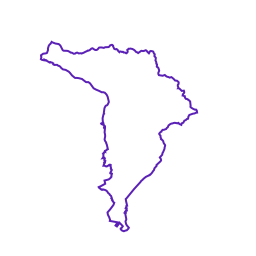 outline of Dumbravita, Brasov, Romania, rotated 78°
{"feature_id": "2599482B55040736650131", "entity_name": "Dumbravita", "entity_type": "district", "adm_level": 2, "iso_a3": "ROU", "parent_name": "Romania", "parent_adm1": "Brasov", "projection": "albers", "projection_center": [25.392, 45.783], "detail": "fine", "context": "isolated", "style": "outline", "palette": "violet", "viewbox_px": 256, "rotation_deg": 78, "n_neighbors": 0, "source": "geoboundaries", "source_scale": "gbopen_adm2", "svg_char_len": 5740}
<svg xmlns="http://www.w3.org/2000/svg" viewBox="0 0 256 256"><g transform="rotate(78 128 128)"><path d="M42.5,198.9L43.3,198.2L44.1,196.6L44.7,195.0L44.2,195.3L43.9,195.3L44.6,194.4L44.8,193.7L45.5,193.4L47.2,191.5L47.3,190.7L47.7,190.8L48.0,189.0L49.3,187.6L50.2,187.9L51.0,186.9L51.5,184.2L52.7,183.2L52.9,182.6L53.3,182.1L54.0,181.5L55.3,180.9L57.1,179.5L58.2,176.9L60.6,174.2L61.8,173.4L65.0,171.8L67.9,169.5L68.2,168.7L68.3,167.8L69.0,165.8L70.5,162.8L74.2,159.7L74.5,159.2L74.9,157.2L76.5,155.8L82.0,153.4L83.8,151.3L85.6,148.7L87.6,146.2L87.8,144.9L88.7,143.3L90.9,142.0L92.4,141.6L93.2,141.4L98.2,141.3L98.7,141.4L100.2,142.5L101.2,143.4L101.4,143.8L101.5,144.8L101.9,145.5L103.7,146.9L107.9,148.4L108.5,148.6L109.1,148.4L109.5,149.1L113.1,150.8L116.4,151.3L117.8,151.1L118.0,151.4L117.8,152.7L118.0,153.3L118.7,153.1L118.8,152.7L119.5,151.9L119.2,151.6L119.1,151.1L119.9,151.1L120.4,150.8L121.1,150.7L122.7,151.5L123.2,151.3L121.8,150.4L121.8,150.2L122.9,150.4L127.4,151.8L129.5,151.8L131.2,152.0L134.1,153.2L134.7,153.3L136.2,153.0L137.6,152.4L138.6,152.5L139.5,152.2L144.5,152.1L144.6,153.0L145.2,153.6L145.6,155.3L146.5,155.3L146.2,155.7L147.2,156.6L147.2,156.9L147.8,157.6L148.1,157.2L148.7,157.6L150.8,158.0L151.6,158.5L152.2,159.1L152.2,158.1L152.0,157.4L152.2,157.2L153.2,157.0L154.3,157.9L155.2,157.3L155.5,157.4L156.6,158.3L156.8,157.8L156.7,157.6L157.2,157.8L158.3,159.0L159.8,159.8L159.9,158.9L160.8,157.8L161.2,156.8L161.2,156.6L160.8,156.0L160.8,155.3L160.3,154.3L160.4,154.2L160.2,154.1L160.1,153.3L160.5,152.6L162.0,153.0L163.1,152.9L163.7,153.2L164.0,153.0L164.6,153.2L165.3,152.6L165.9,152.7L166.1,152.8L166.2,153.2L166.6,153.3L167.9,154.5L168.5,154.8L168.7,154.7L168.7,154.3L168.9,154.2L168.9,153.7L169.3,153.2L172.4,154.7L172.5,154.6L173.3,155.6L174.3,157.6L174.5,161.9L177.8,161.9L179.5,167.6L179.5,168.2L179.7,169.0L180.2,168.9L182.8,166.8L182.6,166.4L183.2,165.6L182.9,165.2L183.7,163.6L184.4,162.6L185.6,161.6L187.3,161.0L188.9,159.8L189.6,159.7L190.9,158.7L193.2,158.4L193.4,158.9L195.3,158.1L195.5,158.5L196.6,158.1L197.9,157.4L198.2,157.0L199.9,158.0L200.4,158.4L203.9,162.4L206.3,165.6L208.6,165.7L211.6,164.9L213.0,164.8L214.0,164.6L215.1,165.1L218.1,157.8L220.8,160.5L222.0,159.3L219.0,155.9L219.7,155.6L220.6,154.9L223.0,153.5L223.7,154.2L224.4,155.0L224.5,155.5L224.7,156.0L225.2,156.2L226.2,155.8L227.2,155.0L228.1,153.5L227.8,151.8L227.8,150.5L226.5,148.5L225.7,147.9L223.2,149.3L221.7,149.8L219.1,149.9L218.5,149.7L217.4,148.8L216.8,148.6L211.1,148.5L210.7,148.8L210.6,147.0L210.4,147.5L210.1,147.6L209.8,148.3L209.3,148.3L208.6,147.4L208.5,146.3L207.5,146.4L206.9,146.0L206.3,146.0L206.5,146.8L206.2,147.1L205.4,146.6L205.0,146.2L203.8,145.7L203.8,145.0L199.3,145.1L197.0,145.0L196.5,144.1L189.1,134.9L183.4,127.0L182.5,126.1L181.7,124.5L181.0,123.6L179.5,120.7L178.9,118.2L178.8,117.3L178.3,116.8L178.2,116.5L178.4,116.1L178.0,115.5L176.6,113.6L175.5,112.6L174.7,111.5L174.1,111.1L172.9,110.5L171.0,107.9L170.1,107.8L167.3,103.1L166.6,102.4L166.3,102.3L165.2,102.3L163.4,103.0L161.3,100.1L159.7,99.5L159.2,98.9L156.2,96.8L155.6,96.5L154.8,96.3L152.9,95.3L151.9,95.4L150.6,96.1L149.4,96.3L148.1,96.3L147.1,96.8L145.8,98.0L145.1,97.7L144.2,98.1L143.8,98.1L142.4,97.8L140.5,98.7L139.9,98.6L138.8,97.1L138.5,96.0L137.8,95.7L137.5,95.3L137.0,94.4L137.2,93.8L137.2,93.0L137.1,92.7L137.0,91.5L136.9,90.9L136.0,90.0L135.6,89.0L134.7,88.4L133.8,87.7L133.5,86.8L133.1,86.2L132.7,84.8L132.8,83.2L132.6,82.7L132.6,81.4L132.9,80.8L132.9,80.3L133.7,78.8L133.4,77.7L133.6,77.5L134.7,77.0L136.0,75.2L134.6,74.5L134.3,72.8L132.6,71.4L132.6,71.2L132.4,70.7L132.3,69.9L131.5,68.7L131.4,67.3L129.3,66.5L128.0,65.3L127.5,61.6L127.6,59.7L127.2,58.5L127.3,57.2L125.1,57.1L124.1,57.7L124.0,58.7L122.9,60.2L121.4,61.8L120.5,62.5L120.2,62.5L119.1,62.1L114.9,61.7L114.1,62.3L113.4,62.7L112.9,63.4L112.3,63.6L111.7,64.7L111.6,65.2L110.8,65.7L109.8,66.0L108.8,65.8L108.6,66.3L107.8,67.2L107.6,67.8L106.4,67.3L105.7,66.2L104.7,65.5L103.1,65.6L102.9,67.7L100.7,69.1L99.8,69.9L99.6,70.7L99.4,70.5L98.0,70.4L97.3,70.6L96.5,70.4L96.0,70.2L95.6,69.5L94.3,69.0L93.6,69.0L92.0,70.2L91.3,72.1L89.9,72.9L88.1,74.2L87.2,75.1L87.4,76.7L86.6,77.8L85.9,79.2L85.4,79.8L83.8,81.0L84.1,83.2L82.7,86.8L81.4,87.1L80.2,86.8L78.5,85.6L77.5,85.6L75.7,85.8L74.7,86.3L74.3,86.9L73.9,87.1L72.6,86.6L71.8,86.4L71.4,86.8L70.4,86.9L70.1,86.7L69.0,86.7L67.7,87.1L65.2,86.2L64.1,86.7L63.4,87.2L63.0,87.2L62.1,86.7L61.4,86.5L60.8,87.0L59.7,87.3L58.6,87.4L58.2,87.8L57.4,89.6L57.5,90.3L58.1,91.2L58.7,91.4L59.3,92.0L57.6,93.2L56.9,93.4L55.8,94.2L55.6,94.7L55.9,96.0L55.9,97.3L55.3,98.8L55.4,99.3L56.8,102.5L56.0,103.0L55.9,103.4L55.5,104.0L55.0,104.5L53.9,105.0L52.7,106.0L51.6,107.3L50.8,109.2L50.8,110.4L50.6,111.0L51.1,111.5L51.5,112.5L53.1,112.4L53.6,112.6L54.3,113.5L54.6,113.9L54.5,114.3L53.5,115.3L53.3,116.5L53.1,116.7L52.5,117.0L52.5,117.4L52.3,117.7L52.4,117.9L52.4,118.1L52.1,118.4L51.5,119.7L51.5,120.1L52.0,120.7L50.0,121.9L49.7,121.8L48.8,122.4L48.4,122.8L48.4,124.0L47.7,125.0L44.6,125.7L44.3,125.5L43.6,126.0L43.3,126.4L43.3,127.0L43.4,128.2L44.4,129.3L44.8,130.2L44.3,133.3L44.3,133.8L44.6,135.0L43.7,137.2L43.4,138.7L43.4,139.7L44.8,141.4L45.1,142.3L45.1,143.1L44.8,143.9L43.6,145.3L42.7,146.0L42.7,147.2L42.9,147.6L43.9,149.4L44.1,150.9L43.9,151.4L44.2,151.9L44.6,153.8L45.2,155.9L45.5,157.9L45.1,158.4L44.8,160.7L43.9,161.7L43.7,162.1L43.7,162.9L43.9,163.5L44.2,164.2L44.1,165.6L42.6,167.4L42.3,168.5L41.4,169.2L40.2,170.7L39.9,171.4L39.0,174.9L38.7,175.3L38.2,175.7L33.3,177.0L31.5,178.3L30.3,181.4L28.5,184.2L27.9,184.8L29.4,186.1L30.0,187.2L30.9,188.3L33.6,189.8L35.0,190.0L37.5,191.5L37.8,191.8L37.9,192.9L37.7,195.6L38.5,197.3L38.7,197.9L39.4,198.1L40.7,198.0L42.5,198.9Z" fill="none" stroke="#5b21b6" stroke-width="2"/></g></svg>